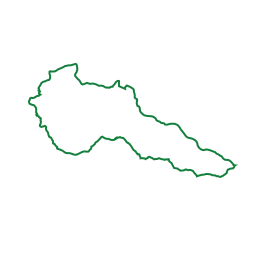 Lebong, Bengkulu, Indonesia (Albers equal-area conic projection), rotated 152°
{"feature_id": "22746128B6914990948320", "entity_name": "Lebong", "entity_type": "district", "adm_level": 2, "iso_a3": "IDN", "parent_name": "Indonesia", "parent_adm1": "Bengkulu", "projection": "albers", "projection_center": [102.228, -3.053], "detail": "fine", "context": "isolated", "style": "outline", "palette": "green", "viewbox_px": 256, "rotation_deg": 152, "n_neighbors": 0, "source": "geoboundaries", "source_scale": "gbopen_adm2", "svg_char_len": 5658}
<svg xmlns="http://www.w3.org/2000/svg" viewBox="0 0 256 256"><g transform="rotate(152 128 128)"><path d="M170.7,214.7L171.8,212.9L172.3,210.4L173.5,208.4L175.1,207.5L176.7,208.0L178.9,208.1L181.4,208.6L183.2,208.4L185.4,206.9L187.8,205.6L188.4,205.0L188.2,204.0L188.9,203.4L189.4,203.1L189.1,202.7L188.6,202.2L188.7,201.4L189.5,201.3L190.2,200.7L190.3,199.7L189.7,198.6L191.2,198.6L191.6,198.3L193.1,198.9L196.8,198.8L198.1,199.2L199.2,200.1L200.6,200.1L201.3,199.1L202.6,198.4L203.3,197.2L203.5,195.7L202.0,193.7L200.4,192.3L200.0,190.9L199.8,188.9L200.3,187.5L201.9,184.7L201.6,183.7L201.7,182.7L202.8,182.6L202.8,182.1L202.6,181.4L201.8,180.7L201.4,180.3L201.5,179.5L201.3,178.9L201.2,178.5L200.5,178.0L200.6,177.2L201.0,176.7L201.8,175.4L201.9,174.4L203.3,172.7L204.4,172.0L204.8,170.8L204.0,169.6L203.1,169.5L202.0,169.1L200.4,168.9L200.3,168.3L200.0,168.1L199.8,167.2L200.7,166.0L201.2,164.3L200.9,162.8L200.8,161.9L200.9,160.9L201.1,160.3L201.4,159.5L201.7,157.4L201.5,156.7L201.1,156.5L201.0,156.4L200.9,156.3L200.4,155.4L200.6,153.2L200.3,151.9L200.6,151.4L201.3,150.0L201.3,149.3L201.2,149.2L200.4,148.6L200.2,146.3L199.5,144.7L200.2,143.2L200.1,142.8L199.7,142.6L199.4,142.6L199.1,141.9L199.0,141.7L198.8,141.4L198.3,141.1L198.1,140.7L197.1,139.6L196.3,138.4L195.3,136.4L194.7,135.2L192.9,134.0L192.0,133.6L190.7,132.7L190.0,131.8L189.5,131.4L188.9,130.6L187.7,129.5L186.3,128.7L184.9,128.5L182.8,128.4L179.7,128.4L179.3,128.2L177.8,128.0L176.1,126.9L174.3,125.8L173.2,126.0L171.9,126.7L170.8,126.9L170.2,127.2L169.2,128.7L167.6,128.7L166.5,129.0L165.2,129.3L164.5,129.6L163.6,130.4L161.1,130.6L158.0,131.7L157.5,131.8L156.1,132.5L154.6,132.3L154.4,131.5L153.9,130.9L152.7,129.1L151.9,128.5L151.2,128.1L150.0,127.2L149.6,126.8L148.8,125.7L148.5,125.4L146.4,124.2L146.0,124.1L143.7,124.1L143.9,124.7L142.1,124.9L141.7,124.3L140.4,123.8L139.4,123.8L138.3,122.3L137.0,121.5L137.0,121.4L136.8,121.2L136.6,120.7L135.9,117.8L136.0,116.9L135.4,115.2L134.9,114.8L134.9,114.5L134.2,113.4L133.8,111.1L133.6,109.1L133.6,107.4L133.4,105.9L132.5,104.4L132.1,102.4L131.9,100.3L130.8,100.0L130.4,98.7L130.8,97.9L130.8,95.5L131.0,95.3L129.8,94.8L127.6,93.3L127.0,92.2L126.1,92.5L124.8,92.2L123.9,92.8L122.7,92.6L120.7,90.0L119.7,88.1L119.3,88.1L119.2,88.0L118.1,87.6L116.6,86.9L115.3,86.9L114.8,86.7L112.6,84.4L110.9,83.3L110.8,82.8L109.4,82.5L109.2,82.4L108.6,82.1L108.4,82.1L108.1,81.6L107.1,81.6L106.8,81.5L106.7,81.4L107.2,79.1L106.0,76.5L106.1,71.1L104.0,69.4L103.5,69.2L101.8,65.8L99.6,64.8L98.3,64.3L96.9,64.4L96.1,64.1L95.9,63.7L94.7,62.5L93.1,62.0L92.5,61.6L92.2,61.2L90.8,59.7L90.5,57.1L89.5,53.3L89.7,53.0L87.2,52.6L85.5,52.1L85.3,52.2L84.5,51.9L84.2,51.8L84.0,51.7L82.3,51.0L81.0,50.8L79.4,50.1L78.0,49.0L76.8,48.3L75.8,46.8L73.1,45.1L72.6,44.1L71.9,43.5L71.1,43.2L70.4,42.3L70.0,42.0L69.2,41.3L67.5,41.3L66.9,41.3L65.9,41.3L65.1,41.5L64.6,41.5L63.3,41.6L62.1,41.9L60.6,43.5L59.5,44.3L58.1,44.1L57.0,44.1L55.3,43.5L54.2,43.1L53.0,43.5L52.0,44.4L51.2,44.8L51.3,44.9L51.2,44.9L51.5,45.1L52.1,46.3L52.4,47.8L53.0,50.3L54.1,52.3L55.3,53.2L56.6,54.0L57.3,54.5L57.7,55.1L58.3,56.6L58.7,59.1L59.7,60.3L60.1,61.4L60.7,62.4L62.0,64.0L62.3,65.6L64.7,68.3L66.2,70.1L68.2,71.8L69.3,72.4L71.7,73.0L73.0,74.1L73.7,75.2L74.4,76.6L74.4,77.3L74.7,78.1L74.6,80.2L74.0,82.1L73.9,83.8L74.6,86.0L75.1,86.7L75.8,87.8L76.5,88.6L77.9,89.9L78.0,89.9L78.9,90.7L79.5,91.2L80.2,92.3L80.7,93.8L80.9,95.3L81.4,98.4L81.6,99.1L81.5,99.5L81.8,100.5L82.0,101.3L82.1,102.1L82.1,103.0L82.0,103.5L82.3,105.1L82.5,106.2L82.8,107.3L84.7,109.7L86.1,110.5L87.4,111.3L89.3,112.0L90.4,112.2L92.0,112.6L93.8,113.8L93.8,114.4L93.9,115.0L94.0,115.2L95.3,116.2L95.5,116.4L95.7,116.5L96.2,116.8L96.5,117.4L96.7,118.0L96.9,118.5L97.6,119.3L98.5,120.3L99.0,121.1L99.1,121.4L99.2,121.6L99.2,122.0L99.2,122.8L99.2,123.9L99.5,124.4L100.0,125.2L100.2,125.7L100.2,125.8L100.9,126.6L102.4,127.8L103.5,128.4L104.3,128.9L105.4,129.7L106.1,130.2L107.2,131.1L108.0,132.2L108.2,132.6L108.4,133.1L108.7,133.9L109.0,134.8L109.3,135.6L109.3,136.2L109.3,136.6L109.3,137.8L109.0,138.3L109.0,138.2L108.8,138.6L108.6,139.4L108.5,139.8L108.4,139.9L108.3,140.1L108.2,140.5L108.2,140.8L108.2,141.0L108.1,141.5L108.3,142.0L108.6,142.3L109.2,142.8L109.2,143.2L109.2,143.6L108.7,145.7L108.0,146.8L107.6,147.3L107.5,147.6L107.3,147.6L107.2,147.7L106.9,148.3L106.8,148.6L106.6,148.9L106.6,149.2L106.7,149.3L106.9,149.8L107.1,150.2L107.5,150.6L107.6,150.8L107.7,151.3L107.7,151.8L107.7,152.1L107.2,152.7L106.8,153.5L106.6,153.8L106.3,154.7L106.1,155.4L106.0,156.1L105.7,157.2L105.5,157.8L105.4,157.9L105.3,158.3L105.2,158.7L105.0,159.0L105.0,159.3L105.0,159.8L105.3,160.6L105.8,161.5L106.3,162.3L106.6,162.8L106.8,163.1L107.3,163.8L107.5,164.2L107.8,164.6L108.0,164.8L108.5,165.3L108.7,165.6L108.9,165.9L109.0,166.0L109.6,165.9L111.2,165.4L112.1,164.3L112.2,164.0L116.3,169.1L115.7,170.3L115.1,171.5L113.9,173.8L114.0,173.9L115.1,174.4L115.3,174.4L116.0,174.4L117.1,174.2L119.6,172.8L120.6,172.6L122.2,171.7L124.1,172.5L125.1,172.2L126.0,172.5L126.9,173.3L127.5,173.5L128.7,174.2L129.2,175.0L130.2,176.7L131.6,177.9L133.9,179.0L134.7,180.1L135.6,181.4L137.4,183.2L137.9,183.5L138.3,183.8L138.6,183.9L139.7,184.4L140.8,184.8L143.0,187.0L145.0,187.3L146.0,187.4L147.1,187.6L147.8,187.9L148.4,189.0L148.5,191.9L148.7,193.3L149.3,194.7L149.5,195.6L149.9,197.1L150.2,198.8L149.9,199.6L149.0,200.5L147.0,201.6L146.4,202.4L145.5,203.0L144.4,205.5L144.1,206.3L143.8,207.4L143.7,208.4L144.1,209.2L148.6,210.1L150.0,210.6L150.9,211.2L152.4,211.6L153.1,211.8L154.6,212.3L156.3,212.1L157.4,212.2L160.6,212.4L161.9,212.6L164.6,212.3L166.3,212.4L168.5,213.5L170.4,214.7L170.7,214.7Z" fill="none" stroke="#15803d" stroke-width="2"/></g></svg>